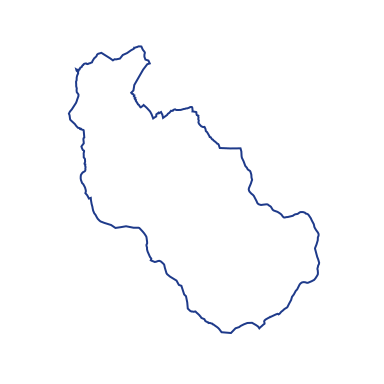 outline of Saru Dornei, Suceava, Romania, rotated 284°
{"feature_id": "2599482B64187693083296", "entity_name": "Saru Dornei", "entity_type": "district", "adm_level": 2, "iso_a3": "ROU", "parent_name": "Romania", "parent_adm1": "Suceava", "projection": "equal_earth", "projection_center": [25.301, 47.209], "detail": "fine", "context": "isolated", "style": "outline", "palette": "blue", "viewbox_px": 384, "rotation_deg": 284, "n_neighbors": 0, "source": "geoboundaries", "source_scale": "gbopen_adm2", "svg_char_len": 5914}
<svg xmlns="http://www.w3.org/2000/svg" viewBox="0 0 384 384"><g transform="rotate(284 192 192)"><path d="M199.4,304.8L198.9,302.5L198.6,301.9L198.0,301.2L196.3,299.8L195.3,297.5L194.2,296.3L193.4,295.7L193.1,295.2L190.9,291.0L190.4,289.5L189.8,288.4L189.5,287.5L190.1,286.1L191.5,284.5L192.0,283.7L192.7,282.0L193.4,279.8L193.8,275.9L194.1,275.0L194.4,274.5L196.6,272.3L197.0,271.7L197.5,270.1L198.2,268.5L198.2,267.8L198.0,267.0L196.9,264.1L196.1,262.1L196.2,259.9L196.6,258.8L197.1,258.1L198.8,256.8L203.2,252.9L204.0,251.7L204.8,249.9L205.9,248.3L206.2,247.8L207.1,247.0L208.3,246.4L209.5,246.3L214.6,247.1L216.7,247.2L218.3,247.4L220.5,246.2L223.1,245.4L225.5,244.0L226.4,243.3L227.4,240.6L228.8,239.4L230.2,237.4L234.3,234.6L237.3,232.1L238.9,231.4L243.2,230.1L246.1,228.5L243.6,218.9L241.4,208.3L244.1,206.6L244.6,206.2L244.9,205.8L245.0,204.7L245.5,204.1L246.6,201.9L247.2,200.4L247.9,199.6L248.0,198.7L249.7,196.8L249.6,195.9L250.5,195.3L253.7,192.2L254.3,191.0L254.6,190.6L256.3,189.9L258.1,188.5L258.2,188.2L257.7,187.2L257.8,186.3L258.0,185.1L259.2,183.2L260.0,182.2L261.1,181.4L263.0,181.3L264.3,180.4L265.6,180.4L266.9,179.7L267.5,179.8L267.7,179.5L267.8,178.1L268.9,177.4L270.5,176.9L270.6,176.7L270.4,173.7L270.3,173.0L270.8,173.0L273.6,172.0L274.1,171.7L274.4,171.3L274.2,170.4L273.9,169.6L273.4,169.2L272.0,167.2L271.7,166.1L270.9,164.9L270.6,164.0L268.9,161.2L267.8,157.2L267.9,156.1L268.1,155.8L267.8,154.9L266.9,153.9L266.4,153.9L265.8,152.9L265.6,152.3L265.7,152.0L263.4,150.9L262.1,149.7L260.7,149.2L256.9,146.0L260.1,144.4L260.3,144.1L260.7,143.7L262.1,142.6L260.4,140.9L260.9,140.4L258.7,138.6L256.7,139.0L254.5,136.9L254.0,136.5L257.6,134.0L259.5,132.3L260.1,131.7L262.8,127.6L264.7,124.0L263.9,123.6L261.7,121.8L261.7,121.6L262.5,120.5L263.4,119.8L264.0,118.3L264.7,117.9L264.8,117.6L266.1,116.4L266.2,116.1L266.9,115.4L267.7,115.4L267.8,115.2L267.8,114.9L268.1,114.7L268.2,114.4L268.6,113.9L268.9,114.1L269.5,114.3L269.8,113.5L270.3,113.3L270.9,112.7L271.3,112.7L271.2,112.5L271.3,112.5L271.7,112.1L272.4,111.8L272.7,111.4L272.7,110.5L273.0,110.1L273.0,109.7L273.6,109.0L276.3,110.6L280.2,110.3L281.8,110.1L299.0,115.0L305.2,117.7L306.5,119.9L309.0,117.9L309.2,114.8L311.7,113.1L313.7,112.6L315.7,112.6L316.5,112.0L318.2,109.8L320.9,107.7L320.9,107.3L320.3,104.8L319.3,103.6L319.1,103.0L318.2,101.8L318.0,101.0L317.6,101.1L316.9,100.9L314.8,98.6L311.1,95.4L308.2,91.7L304.0,89.8L302.3,86.2L302.1,84.8L300.6,83.4L301.9,80.2L305.1,70.4L304.0,68.6L303.5,67.6L302.4,66.7L300.9,66.5L300.2,66.2L298.5,65.1L298.0,64.7L296.6,64.3L295.6,63.9L293.6,63.6L293.3,63.1L292.4,62.1L291.9,61.0L291.4,60.6L290.8,59.5L290.8,59.0L291.1,58.6L291.1,58.1L290.8,57.3L290.2,56.3L289.6,55.9L288.8,55.7L288.6,55.3L288.0,55.0L286.4,54.6L286.0,54.0L285.7,53.6L285.1,53.5L284.8,53.3L283.8,53.3L283.2,52.9L283.1,52.6L283.2,51.9L282.7,51.2L282.7,50.9L283.0,50.0L281.9,50.6L281.4,51.2L281.3,52.5L280.2,52.5L279.6,52.8L279.4,52.7L278.4,52.7L277.7,52.4L275.4,52.4L272.4,53.0L271.2,52.8L270.7,52.9L268.0,53.7L266.7,54.0L264.7,55.1L262.8,55.4L261.1,56.0L260.7,56.4L259.5,57.9L259.0,58.3L257.6,58.6L253.5,58.2L252.7,58.2L250.4,57.9L243.1,55.4L240.5,54.1L238.2,53.6L236.9,54.6L232.9,56.2L232.4,56.8L229.6,61.9L228.0,63.8L226.7,65.9L226.8,67.4L226.5,68.3L226.5,68.6L226.0,68.5L225.9,71.3L225.8,71.8L225.3,72.1L218.8,74.3L218.1,73.8L217.1,73.8L215.1,74.5L214.4,74.8L213.0,75.2L211.2,74.4L209.4,73.7L208.1,74.5L206.7,75.6L206.3,76.0L206.0,77.1L205.8,77.3L205.0,77.5L203.4,77.5L200.3,78.4L199.9,78.4L199.4,78.6L198.4,79.9L197.9,80.2L195.4,81.0L193.8,80.8L193.4,80.9L193.1,81.1L193.0,81.8L191.5,82.0L190.5,82.7L189.1,82.8L187.9,83.2L186.7,83.2L186.1,82.8L185.0,81.8L184.9,81.5L183.5,80.7L181.6,80.1L180.0,80.3L178.2,80.7L176.7,81.4L174.1,83.2L173.7,83.9L173.2,84.7L170.5,87.1L168.2,88.4L167.2,88.8L166.0,88.9L165.1,88.8L163.5,91.1L160.7,93.6L161.8,95.2L159.7,95.9L156.1,97.5L153.6,98.9L152.0,99.6L150.0,100.6L147.6,102.4L146.7,103.7L144.4,105.8L143.2,107.0L141.9,109.1L141.3,110.4L140.8,114.5L140.4,121.5L138.6,126.4L140.6,131.3L142.8,136.3L143.2,144.1L144.4,148.7L144.3,149.6L143.9,150.3L141.7,153.7L140.3,155.6L138.7,157.4L137.6,158.5L136.3,159.1L132.5,160.6L131.2,160.9L129.9,160.6L128.9,160.8L127.0,161.9L125.8,162.1L124.6,162.7L123.4,163.4L118.9,166.9L117.5,168.6L116.6,168.7L115.8,168.5L115.5,169.6L115.4,170.8L115.1,172.8L115.7,174.1L116.6,175.4L117.3,176.8L117.2,177.9L117.0,178.8L115.3,181.9L114.7,182.6L111.9,184.0L107.0,186.9L106.2,187.8L104.6,191.1L102.3,198.4L98.7,201.7L98.4,204.4L90.7,209.2L89.4,211.4L83.7,214.1L77.9,216.1L76.2,219.0L75.9,220.4L76.1,220.9L76.2,222.8L76.9,224.0L76.9,224.3L75.9,225.8L75.8,226.2L74.3,228.9L73.6,229.7L73.4,230.2L72.1,231.6L71.6,234.8L70.4,235.8L69.9,236.4L69.7,237.7L69.2,238.8L69.4,239.4L68.9,240.0L69.3,241.1L69.1,242.9L69.2,243.4L68.6,244.2L68.7,244.7L67.8,246.9L67.5,247.5L67.4,248.1L66.4,250.3L65.7,251.4L63.1,254.6L64.6,263.9L70.3,267.2L72.3,270.4L73.8,271.6L76.2,274.4L78.3,277.4L79.6,281.9L78.4,286.2L77.5,288.6L76.0,290.3L77.3,291.0L78.3,291.8L80.6,293.3L81.6,294.2L82.1,294.2L84.0,293.3L84.9,293.5L86.0,294.2L88.5,296.8L89.5,298.1L89.8,298.1L90.0,298.7L93.5,303.0L94.5,304.5L94.5,305.0L94.2,305.6L94.3,305.7L95.0,306.4L97.6,307.7L98.5,308.5L100.8,310.0L102.9,312.1L103.4,312.4L107.4,313.3L111.2,314.3L114.5,314.4L117.2,315.6L121.2,316.6L122.9,317.6L128.3,318.8L129.5,319.4L130.8,320.5L131.5,321.9L131.8,323.5L131.7,325.6L132.0,326.5L134.4,329.7L136.3,331.8L138.2,332.7L141.2,333.7L142.6,334.0L144.2,333.7L146.6,332.9L147.4,332.4L148.3,332.2L149.6,332.3L151.2,332.2L152.7,332.6L154.1,332.5L157.2,330.7L159.3,329.2L166.9,325.0L167.5,325.0L171.2,325.5L175.6,325.7L178.5,325.1L179.6,325.3L180.6,325.3L181.8,325.0L183.1,324.0L185.1,321.6L186.7,320.0L187.8,319.1L189.2,318.5L190.3,317.9L193.5,315.0L195.3,313.6L197.9,310.7L198.3,310.1L198.5,309.5L198.7,308.2L198.6,307.5L199.1,306.8L199.3,306.4L199.3,305.7L199.4,304.8Z" fill="none" stroke="#1e3a8a" stroke-width="2"/></g></svg>